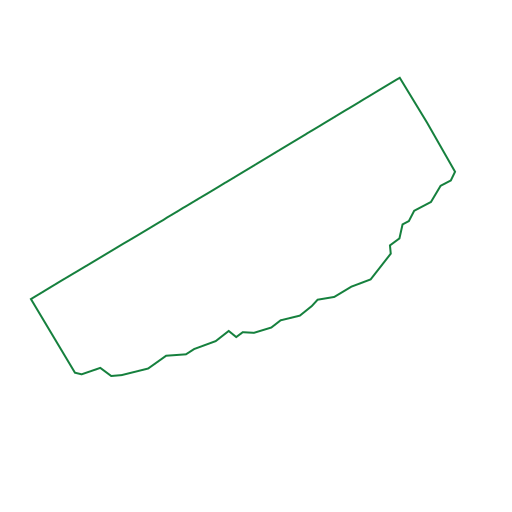 the district of Keya Paha, Nebraska, United States of America, rotated 329°
{"feature_id": "52423323B7947065796297", "entity_name": "Keya Paha", "entity_type": "district", "adm_level": 2, "iso_a3": "USA", "parent_name": "United States of America", "parent_adm1": "Nebraska", "projection": "robinson", "projection_center": [-99.716, 42.858], "detail": "fine", "context": "isolated", "style": "outline", "palette": "green", "viewbox_px": 512, "rotation_deg": 329, "n_neighbors": 0, "source": "geoboundaries", "source_scale": "gbopen_adm2", "svg_char_len": 1058}
<svg xmlns="http://www.w3.org/2000/svg" viewBox="0 0 512 512"><g transform="rotate(329 256 256)"><path d="M278.2,327.6L286.3,325.2L302.0,331.4L322.0,331.4L342.2,335.1L372.7,323.4L376.3,315.9L388.0,314.8L397.9,304.4L405.0,304.8L414.9,298.7L433.8,299.8L450.4,290.9L461.9,291.6L470.0,286.3L471.3,229.7L471.0,177.3L467.2,177.2L455.7,177.2L428.7,177.2L419.0,177.3L417.8,177.3L416.4,177.3L406.7,177.2L372.2,177.3L370.7,177.3L363.3,177.2L361.7,177.3L343.6,177.3L343.0,177.3L327.5,177.3L268.3,177.4L267.3,177.3L259.2,177.4L255.8,177.4L248.3,177.4L236.8,177.3L227.8,177.3L222.3,177.3L220.9,177.3L218.2,177.2L212.5,177.3L199.6,177.2L195.1,177.4L190.6,177.3L187.0,177.3L168.5,177.3L164.3,177.3L153.9,177.2L153.7,177.2L149.0,177.1L129.1,177.1L118.6,177.1L115.6,177.1L77.0,176.9L73.7,176.9L40.9,177.0L40.7,262.8L45.6,267.6L64.9,271.7L70.1,284.3L79.5,288.9L105.6,296.9L127.6,295.2L145.3,304.2L155.2,303.9L177.7,308.2L194.0,306.2L197.3,315.3L205.4,314.5L214.7,320.8L232.3,325.2L244.0,323.8L262.9,329.7L278.2,327.6Z" fill="none" stroke="#15803d" stroke-width="2"/></g></svg>